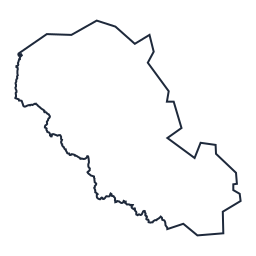 Yei, Central Equatoria, South Sudan
{"feature_id": "79223893B15931514297219", "entity_name": "Yei", "entity_type": "district", "adm_level": 2, "iso_a3": "SSD", "parent_name": "South Sudan", "parent_adm1": "Central Equatoria", "projection": "natural_earth1", "projection_center": [30.16, 4.243], "detail": "fine", "context": "isolated", "style": "outline", "palette": "slate", "viewbox_px": 256, "rotation_deg": 0, "n_neighbors": 0, "source": "geoboundaries", "source_scale": "gbopen_adm2", "svg_char_len": 4294}
<svg xmlns="http://www.w3.org/2000/svg" viewBox="0 0 256 256"><path d="M240.6,201.0L239.7,193.8L233.3,190.1L233.3,184.3L236.9,183.8L236.0,172.8L216.0,153.8L215.6,144.9L200.6,142.8L194.6,158.0L167.4,138.0L181.5,128.0L173.7,101.7L166.9,101.7L168.7,91.2L147.8,62.7L153.7,51.7L149.5,34.9L134.8,43.8L115.4,26.6L96.7,20.6L71.4,34.9L46.8,34.1L17.9,54.0L18.1,53.9L18.7,55.5L21.2,54.3L21.8,55.3L19.9,57.2L19.9,59.1L19.2,59.1L18.7,60.8L18.5,61.7L17.9,63.1L18.3,64.5L18.0,65.5L16.4,66.1L16.4,67.1L17.6,67.8L17.8,69.1L17.4,70.8L17.4,72.3L17.4,72.9L17.4,73.6L17.6,74.6L17.8,75.3L17.2,76.0L17.1,76.4L17.0,77.0L17.2,77.5L17.2,78.5L16.4,79.4L16.2,80.4L16.3,81.2L16.2,81.8L15.6,82.9L15.6,83.9L16.0,84.5L16.0,85.3L16.0,86.5L15.8,86.9L15.4,87.7L15.7,88.9L16.0,89.7L16.4,90.4L16.5,91.4L16.4,92.3L15.8,92.7L15.7,93.9L15.9,94.4L16.0,95.5L16.0,96.7L15.4,97.5L15.4,98.2L16.4,98.5L17.7,99.0L18.7,99.3L19.0,100.5L20.0,100.5L20.8,100.6L21.6,100.8L22.0,101.6L22.2,102.5L22.6,103.4L23.0,104.7L23.3,105.8L24.3,106.6L25.5,106.5L27.1,105.7L27.9,105.4L29.3,105.0L30.0,105.4L31.1,104.7L32.0,104.8L32.5,105.0L33.9,104.2L34.6,103.8L35.4,104.0L35.9,103.7L36.3,104.3L37.1,104.7L38.3,106.1L39.7,107.1L40.6,108.0L41.9,109.0L43.1,109.7L44.4,110.7L44.1,111.5L44.5,112.2L45.6,112.2L46.4,112.5L47.0,113.4L48.1,114.1L48.8,114.4L49.3,115.4L49.7,115.9L49.9,116.8L49.2,118.1L48.5,118.5L48.1,119.4L48.1,120.1L47.5,120.9L46.9,121.6L46.9,122.3L47.1,123.3L47.1,124.0L46.4,124.8L45.7,125.2L45.3,125.5L44.9,126.6L44.9,127.5L45.5,127.7L46.6,128.5L46.4,129.4L46.5,130.1L47.1,130.9L47.2,131.8L48.0,132.2L48.9,132.4L49.5,133.0L50.1,134.4L50.0,135.4L50.9,136.4L51.6,136.4L51.9,135.4L52.1,134.3L53.3,134.1L54.0,134.3L54.8,134.6L55.6,134.9L56.8,135.3L57.3,135.7L58.2,135.4L59.0,135.1L60.1,135.1L60.4,135.4L61.1,136.8L61.1,137.8L61.1,138.8L61.3,139.5L62.0,139.8L61.7,140.8L61.2,141.4L61.1,142.1L61.2,142.6L61.6,143.8L62.2,144.2L62.2,145.5L63.1,146.7L63.8,147.1L64.4,148.6L64.9,149.2L65.8,149.4L65.8,150.3L66.4,151.4L67.0,152.4L67.3,153.2L68.4,153.6L69.1,153.5L69.4,154.1L69.7,154.9L70.8,155.0L71.5,154.2L72.8,154.3L73.6,154.6L74.8,154.9L75.0,155.7L75.7,155.8L76.3,155.8L77.0,156.2L78.5,157.2L79.8,157.8L80.1,158.6L80.9,158.9L81.7,158.5L82.7,158.8L83.7,159.0L85.0,158.8L86.1,158.1L86.8,157.3L87.3,156.2L88.1,156.4L88.3,157.1L88.5,158.3L88.7,159.0L88.7,160.0L88.9,161.1L88.9,162.6L88.3,164.3L88.3,165.3L88.4,166.7L89.0,167.6L89.8,168.4L89.7,169.0L89.7,170.3L88.9,171.0L88.2,171.5L87.5,172.2L88.1,173.2L89.0,174.0L89.9,174.6L90.7,175.4L91.9,175.8L92.9,176.1L94.0,176.5L94.0,177.8L94.5,178.5L94.4,179.3L94.4,180.0L94.6,181.0L94.7,182.2L95.3,182.7L96.2,183.6L96.1,184.6L95.5,185.3L94.8,186.1L94.8,187.2L94.2,187.9L94.5,188.6L95.1,189.6L95.3,191.0L94.6,191.6L94.8,191.5L95.4,192.4L96.1,192.7L96.8,193.4L97.6,194.1L96.8,194.7L96.8,195.7L96.8,196.5L97.0,197.5L97.8,198.4L98.6,198.8L99.4,199.2L100.3,199.2L100.8,198.3L101.6,197.6L102.4,197.8L102.7,198.8L103.8,199.0L104.7,198.3L105.2,197.7L106.0,196.5L106.5,196.2L107.7,196.4L109.1,196.4L110.1,195.6L110.1,194.5L110.6,193.5L111.5,194.1L111.7,195.2L111.9,195.9L112.9,196.1L113.5,196.1L114.1,197.1L114.8,197.7L115.1,198.9L114.9,200.1L115.3,201.5L115.3,202.2L116.5,201.9L117.1,201.0L118.1,201.3L118.9,201.3L120.2,202.3L121.1,202.9L122.0,203.0L123.1,202.4L123.5,201.5L123.7,200.9L124.4,201.2L124.5,201.9L125.7,201.7L125.7,202.6L125.4,203.1L126.1,203.6L127.0,204.5L127.8,204.4L128.9,204.4L129.7,204.6L130.1,205.1L131.1,204.9L132.0,205.0L132.7,205.0L132.4,205.7L131.8,206.1L131.5,206.8L131.8,207.7L132.5,208.4L133.5,209.0L134.3,208.4L134.8,208.4L135.0,209.2L134.8,210.1L135.4,211.1L136.1,211.6L136.4,212.8L136.2,213.8L136.3,214.5L137.7,215.2L138.7,214.4L139.3,214.4L140.2,214.9L140.8,215.0L141.8,214.3L142.3,213.2L142.8,212.2L143.1,211.4L144.0,210.9L144.8,211.1L145.0,212.7L145.6,213.4L145.6,214.2L145.2,215.0L145.8,215.9L146.5,216.0L147.0,217.0L146.4,218.1L146.4,219.2L147.2,219.7L148.2,219.7L148.6,220.4L148.6,221.3L148.6,222.2L149.5,222.4L150.6,222.6L151.3,222.3L152.6,222.3L153.5,221.0L155.2,220.1L156.5,220.2L157.1,219.3L158.5,218.6L159.9,217.5L160.7,216.6L161.9,217.7L162.3,219.8L163.2,220.1L163.9,220.2L164.4,220.6L164.9,221.4L165.3,222.8L165.4,223.9L165.5,225.2L166.3,226.4L167.2,227.5L167.3,229.1L183.3,223.8L197.4,235.4L223.3,233.3L222.8,211.7L240.6,201.0Z" fill="none" stroke="#1e293b" stroke-width="2"/></svg>